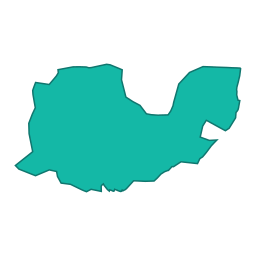 the district of Kwami, Gombe, Nigeria
{"feature_id": "59680162B2944873791560", "entity_name": "Kwami", "entity_type": "district", "adm_level": 2, "iso_a3": "NGA", "parent_name": "Nigeria", "parent_adm1": "Gombe", "projection": "mercator", "projection_center": [11.234, 10.491], "detail": "fine", "context": "isolated", "style": "filled", "palette": "teal", "viewbox_px": 256, "rotation_deg": 0, "n_neighbors": 0, "source": "geoboundaries", "source_scale": "gbopen_adm2", "svg_char_len": 2140}
<svg xmlns="http://www.w3.org/2000/svg" viewBox="0 0 256 256"><path d="M240.1,68.1L236.3,67.9L232.5,67.8L226.9,67.5L217.9,67.2L211.0,66.9L203.0,66.6L189.5,72.5L178.8,84.0L173.7,102.3L173.0,105.8L170.8,110.9L168.3,114.6L168.0,114.9L167.9,114.9L159.6,115.1L158.4,115.2L158.2,115.2L155.2,115.0L151.2,114.7L146.4,113.8L140.0,105.4L133.0,101.7L125.9,97.1L121.5,79.8L121.9,74.3L122.2,69.8L118.9,68.4L110.1,64.8L106.6,64.3L91.2,67.6L88.9,67.8L86.2,67.0L79.3,66.8L73.0,66.9L58.0,69.7L58.3,72.8L56.3,76.1L49.2,84.5L35.6,82.5L33.9,87.0L32.7,90.5L33.0,94.6L35.3,107.8L32.3,114.2L28.8,123.3L29.1,133.7L32.7,151.7L15.4,165.5L18.9,169.1L35.5,175.7L49.3,169.9L56.6,171.5L57.5,176.5L61.1,183.1L70.5,184.3L81.6,189.7L84.4,190.9L86.5,191.7L91.1,189.3L101.3,191.4L101.3,190.9L101.2,187.7L101.2,186.4L101.5,185.6L102.1,184.9L103.4,183.9L104.0,185.2L107.0,189.0L107.4,189.5L108.1,190.1L109.3,191.1L109.8,189.8L112.0,190.6L113.0,191.1L113.7,191.2L113.9,191.2L114.7,189.3L115.0,189.5L115.5,189.6L115.8,189.7L115.9,189.8L116.1,189.9L116.5,190.0L116.8,190.1L117.0,190.1L117.2,190.3L117.3,190.4L117.7,190.5L117.9,190.6L118.1,190.7L118.3,190.7L118.4,190.8L118.5,190.8L119.0,191.0L119.3,191.1L119.5,191.2L119.9,191.3L120.1,191.3L120.4,191.4L120.8,191.5L120.9,191.4L121.0,191.2L121.4,191.2L121.4,190.9L121.5,190.8L121.6,190.7L121.8,190.6L122.0,190.7L122.1,190.8L122.2,190.7L122.5,190.7L122.4,190.3L122.4,190.2L122.7,190.4L122.9,190.4L123.1,190.4L123.3,190.6L123.8,190.3L125.3,189.6L126.5,188.6L133.6,180.8L136.8,180.9L145.2,181.3L154.1,181.0L157.3,178.0L159.6,175.5L161.0,174.0L164.6,171.7L168.3,170.3L168.5,170.4L170.8,167.9L171.9,166.6L172.1,166.6L173.5,166.7L181.0,161.8L194.8,163.3L197.5,163.6L199.3,159.8L199.9,158.6L202.6,156.9L206.2,152.6L211.2,145.9L214.6,142.3L216.9,140.0L209.3,140.4L200.2,137.1L202.7,126.1L206.3,120.3L206.6,120.4L216.6,125.9L225.4,130.7L229.1,128.3L235.5,118.0L235.6,117.8L235.8,115.2L236.0,112.5L236.1,112.3L236.8,111.6L238.0,109.8L238.6,107.5L238.7,106.7L239.8,100.6L238.0,100.2L236.7,94.9L236.9,91.5L236.6,89.8L236.9,87.1L238.2,82.2L239.7,75.8L240.1,72.6L240.6,68.6L240.1,68.1Z" fill="#14b8a6" stroke="#0f766e" stroke-width="1.5"/></svg>